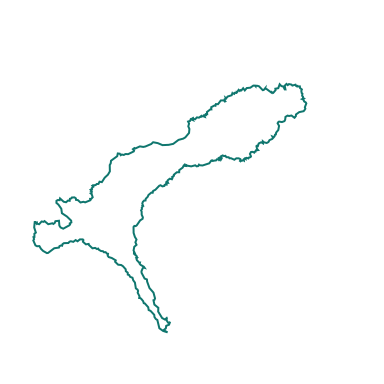 Nossa Senhora Do Rosario, Ribeira Brava, Cabo Verde (Robinson projection), rotated 317°
{"feature_id": "66160863B38183693605809", "entity_name": "Nossa Senhora Do Rosario", "entity_type": "district", "adm_level": 2, "iso_a3": "CPV", "parent_name": "Cabo Verde", "parent_adm1": "Ribeira Brava", "projection": "robinson", "projection_center": [-24.164, 16.566], "detail": "fine", "context": "isolated", "style": "outline", "palette": "teal", "viewbox_px": 384, "rotation_deg": 317, "n_neighbors": 0, "source": "geoboundaries", "source_scale": "gbopen_adm2", "svg_char_len": 6020}
<svg xmlns="http://www.w3.org/2000/svg" viewBox="0 0 384 384"><g transform="rotate(317 192 192)"><path d="M48.3,115.0L46.1,117.4L45.3,116.9L44.3,118.8L42.9,119.2L41.1,124.3L41.7,126.0L43.5,127.5L42.8,130.5L42.9,133.5L44.2,137.7L45.2,138.4L52.9,139.2L56.8,141.9L58.2,141.2L59.8,141.8L60.4,142.7L61.8,141.8L63.5,142.1L66.8,145.0L68.5,144.8L69.8,145.4L71.2,147.5L74.1,147.8L74.7,150.0L77.7,150.2L79.8,152.2L79.8,153.1L78.3,154.0L78.7,157.9L81.0,159.5L80.5,160.5L80.8,165.3L83.0,166.8L83.6,168.9L84.8,169.4L84.5,170.7L85.2,173.1L86.5,174.6L86.5,176.0L87.8,177.1L87.8,179.2L88.4,179.9L86.9,181.1L86.7,182.8L88.3,185.5L89.6,190.0L88.2,190.6L88.4,194.8L90.4,197.1L90.9,199.1L90.8,203.3L89.6,204.8L90.0,207.1L88.7,208.6L89.4,209.9L88.9,211.9L90.0,214.1L88.8,216.5L88.5,219.3L85.2,224.2L85.6,226.2L85.1,227.6L83.6,228.6L82.5,232.4L81.1,233.5L81.9,234.4L82.0,236.0L81.8,238.6L80.9,240.4L81.5,241.3L81.4,246.4L79.8,248.8L80.6,250.6L80.6,256.1L79.3,257.8L78.9,260.2L79.4,261.9L75.2,269.4L76.1,273.9L78.4,278.0L77.3,274.5L77.6,273.7L79.8,273.9L81.9,272.3L84.7,273.4L87.5,272.0L86.1,272.2L85.4,271.4L85.9,268.4L87.5,267.2L87.6,266.9L85.2,266.8L84.2,263.8L85.7,256.4L88.4,253.7L87.7,248.7L90.0,244.9L90.9,245.3L92.4,244.6L95.2,239.3L95.4,233.2L98.1,226.9L99.4,225.2L98.3,223.0L100.0,216.7L101.0,215.5L103.9,214.2L105.0,214.1L105.6,215.1L105.8,213.8L104.7,210.2L104.8,208.7L105.8,208.1L105.2,207.6L105.2,204.3L105.9,202.8L107.1,202.7L106.8,202.0L107.4,202.0L107.8,201.2L107.5,198.4L108.0,197.9L107.6,197.4L108.1,196.9L108.5,197.6L109.4,194.9L112.4,192.7L115.4,192.8L116.3,190.2L119.0,188.9L119.6,185.9L121.4,182.1L125.4,177.7L126.7,177.5L127.5,178.5L128.8,178.7L134.7,177.4L137.6,177.9L138.8,177.0L139.7,174.3L141.8,172.0L142.2,170.7L143.9,170.3L144.4,169.3L146.2,168.9L146.1,168.7L146.2,168.4L146.8,168.8L147.8,166.5L149.3,165.7L151.2,165.6L152.2,166.5L153.6,165.4L156.3,165.3L158.1,164.5L162.0,164.7L162.7,165.7L164.4,164.7L166.7,165.4L172.3,165.1L173.6,165.6L174.2,167.7L175.0,168.2L175.9,168.7L176.9,168.1L178.2,169.0L178.6,168.5L178.7,169.1L180.1,168.1L180.5,168.6L180.6,167.8L181.0,168.2L181.4,167.2L182.4,166.9L184.8,167.1L186.0,169.0L187.6,168.3L187.7,167.5L189.9,167.8L190.5,167.0L194.3,167.2L196.1,168.8L197.6,167.3L201.8,167.8L203.7,167.1L204.8,168.3L204.9,167.0L205.5,167.0L205.4,168.2L206.3,168.5L206.4,169.4L208.9,172.7L212.6,174.7L212.9,176.4L214.1,177.2L215.7,176.8L215.7,177.5L217.8,179.8L224.2,182.8L227.3,182.2L227.8,182.8L228.2,181.7L228.4,183.3L231.1,185.3L232.6,185.1L233.5,186.2L233.5,187.2L234.5,187.4L234.8,185.4L235.8,185.6L236.2,186.5L235.4,188.0L236.8,187.6L237.7,185.7L239.4,186.2L239.9,187.6L241.1,188.3L240.9,190.0L242.5,191.6L242.4,192.9L243.5,193.8L245.0,197.3L247.4,197.6L249.1,199.2L249.8,200.9L249.4,201.7L248.3,202.0L248.4,202.6L249.5,202.5L249.8,203.2L251.2,203.6L251.4,204.4L252.2,203.4L253.4,203.4L253.7,204.5L254.3,203.8L255.3,204.3L256.1,205.9L257.0,205.6L258.6,206.4L259.5,206.1L260.3,203.7L262.4,203.0L263.5,203.7L264.4,205.6L265.1,205.2L266.0,205.8L267.1,205.1L268.9,206.4L269.0,204.8L270.4,202.4L271.3,202.5L271.6,203.3L273.9,202.0L276.5,202.8L277.1,204.8L278.4,203.3L278.6,204.9L280.1,207.1L281.9,207.6L284.1,206.9L286.8,207.9L288.1,207.8L288.6,206.3L289.2,207.7L290.3,207.6L291.8,206.7L292.6,207.1L294.1,205.9L297.4,205.5L300.8,203.0L301.5,200.1L302.9,199.7L303.7,199.9L305.5,202.2L307.9,203.2L309.4,202.7L311.6,200.8L314.0,201.3L314.8,202.6L316.9,203.9L317.7,208.4L318.0,207.3L319.6,207.4L320.9,206.2L324.9,206.7L328.7,209.0L329.9,208.9L331.7,208.4L332.3,207.0L336.0,205.2L336.3,204.2L335.8,202.2L336.5,200.7L335.9,199.2L337.5,199.7L337.2,199.0L338.1,198.1L338.2,196.7L339.8,195.4L339.7,194.5L340.9,192.6L342.3,191.9L341.9,189.8L342.9,188.3L341.0,186.7L341.4,186.2L340.5,185.5L340.9,184.1L338.0,182.6L338.0,181.3L336.5,179.2L334.9,179.1L334.8,177.4L332.3,177.5L330.3,180.7L329.8,180.2L330.7,177.1L329.6,175.5L329.6,173.0L325.9,174.9L323.4,173.3L322.6,174.5L319.1,174.9L318.7,174.0L318.2,174.1L318.2,173.0L317.8,173.1L316.8,167.7L316.0,166.3L316.4,166.0L314.0,166.3L313.2,165.8L313.1,160.4L312.3,159.0L311.0,157.6L310.6,158.0L310.6,157.1L309.4,156.0L305.8,155.5L302.9,153.3L299.9,153.7L300.2,151.0L297.4,151.4L297.0,150.6L295.9,150.7L295.8,149.1L293.3,149.7L292.9,149.1L292.0,149.8L290.9,148.6L289.8,149.0L289.5,148.1L288.6,147.9L288.7,147.4L287.0,148.3L283.2,146.5L280.9,146.8L280.8,146.1L280.4,146.9L279.2,146.4L278.4,147.0L278.2,148.4L277.7,148.2L277.8,146.7L275.5,144.7L270.9,145.5L269.4,144.0L268.0,144.9L267.6,144.1L263.9,143.1L262.5,144.8L261.8,144.1L257.5,143.7L256.2,145.4L255.3,144.4L254.4,144.5L254.3,145.1L253.2,144.2L252.6,145.7L251.7,143.9L250.2,143.3L250.5,142.7L247.8,142.4L246.5,140.8L243.8,140.9L243.0,139.6L243.3,138.6L241.7,138.3L241.5,139.6L240.7,137.9L239.1,138.7L237.2,137.8L236.5,140.0L234.1,141.4L233.1,144.1L230.1,146.8L224.4,147.5L222.0,147.0L217.7,144.7L211.1,144.0L207.1,141.6L202.4,137.6L200.3,132.9L197.5,129.1L194.9,129.1L188.9,126.9L187.1,125.8L185.0,123.1L180.2,121.5L179.9,120.6L178.0,120.4L178.0,122.1L177.1,122.6L171.2,120.8L169.1,118.8L167.4,118.4L166.2,116.7L165.0,116.5L165.3,114.7L164.0,113.2L161.7,114.8L154.1,113.9L152.1,115.6L150.2,116.2L146.0,120.9L142.3,122.0L137.9,122.0L132.8,123.3L131.4,121.4L129.1,122.3L127.8,121.2L126.2,121.2L124.3,119.7L123.8,120.5L123.3,119.9L123.1,120.8L121.3,120.9L120.8,121.7L119.4,121.2L119.3,122.8L118.7,122.7L118.8,123.4L118.0,124.2L117.0,123.9L117.1,125.3L115.8,128.1L113.5,128.3L112.8,127.6L112.0,128.7L106.8,126.7L105.9,125.1L103.3,123.6L103.0,120.1L101.8,118.6L102.7,117.5L102.4,115.8L100.4,114.1L99.5,114.4L98.1,113.7L96.5,115.0L95.5,113.7L92.9,113.6L91.5,111.6L91.1,106.7L89.6,107.7L88.3,106.3L86.9,106.0L85.4,107.5L85.7,110.1L85.0,115.1L82.4,118.8L83.8,124.6L84.1,130.5L83.0,132.0L81.2,131.6L80.7,132.6L79.5,132.7L72.8,131.0L71.7,128.3L72.1,126.1L75.1,122.3L72.2,120.2L70.5,121.0L68.8,120.8L68.6,119.7L64.9,117.5L64.3,112.7L63.1,112.6L61.9,111.0L58.2,111.3L57.1,109.6L57.4,109.1L56.8,109.2L57.2,107.3L56.5,106.7L52.4,110.3L50.1,115.2L48.3,115.0Z" fill="none" stroke="#0f766e" stroke-width="2"/></g></svg>